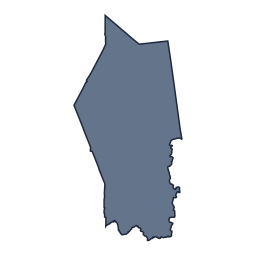 the district of Los Aldamas, Nuevo León, Mexico
{"feature_id": "50627088B11000044177611", "entity_name": "Los Aldamas", "entity_type": "district", "adm_level": 2, "iso_a3": "MEX", "parent_name": "Mexico", "parent_adm1": "Nuevo León", "projection": "robinson", "projection_center": [-99.238, 26.097], "detail": "fine", "context": "isolated", "style": "filled", "palette": "slate", "viewbox_px": 256, "rotation_deg": 0, "n_neighbors": 0, "source": "geoboundaries", "source_scale": "gbopen_adm2", "svg_char_len": 5887}
<svg xmlns="http://www.w3.org/2000/svg" viewBox="0 0 256 256"><path d="M81.4,123.8L85.2,133.8L85.3,133.9L90.0,145.7L90.3,146.4L90.3,146.6L90.6,147.3L90.7,148.0L90.4,148.8L90.4,151.1L92.2,151.3L98.0,166.0L98.6,167.5L98.6,167.8L98.8,168.3L99.0,169.3L103.3,180.0L104.9,183.7L104.3,194.1L104.6,195.8L104.4,197.9L104.4,198.3L104.3,198.8L104.1,199.5L104.1,207.6L104.8,207.9L104.6,208.3L104.6,209.0L104.4,209.2L104.1,210.1L104.1,213.2L104.6,213.5L104.6,217.0L105.0,217.2L105.2,217.4L105.9,217.6L105.9,223.0L105.8,226.3L106.2,225.7L106.8,225.1L107.1,225.1L107.5,224.8L108.3,224.5L108.6,224.0L109.3,224.0L109.6,223.8L109.9,223.7L110.2,223.3L110.2,222.9L110.4,222.6L110.9,222.7L111.1,222.6L111.3,222.4L111.8,222.2L112.3,221.8L112.7,221.6L112.8,221.3L113.2,221.4L113.5,221.9L114.0,221.6L114.0,221.2L114.4,220.5L114.5,220.4L114.8,220.4L115.2,221.0L115.3,221.6L115.5,221.8L116.2,222.2L116.6,222.3L116.9,222.6L117.0,222.7L117.1,223.2L117.4,224.0L117.5,224.2L117.8,224.5L117.9,225.0L117.9,225.4L118.0,226.0L118.2,227.0L118.2,227.6L118.4,228.3L118.3,228.9L118.4,229.4L118.4,230.2L118.6,230.4L119.0,230.4L119.1,230.6L119.4,231.7L119.6,231.9L120.1,232.1L120.3,232.5L120.3,233.0L120.5,233.3L121.1,233.8L121.4,234.0L121.5,234.4L121.8,234.5L122.2,234.8L122.4,234.8L122.6,234.7L123.0,234.6L123.8,234.6L124.0,234.5L124.4,234.2L125.0,234.1L125.7,234.2L126.0,234.2L126.4,234.1L127.1,233.3L127.4,233.1L128.2,232.6L128.1,232.0L128.3,231.9L128.4,231.6L129.0,231.7L129.6,231.2L130.4,230.0L130.5,229.8L130.6,229.7L130.9,229.5L131.1,229.4L131.5,229.0L131.8,228.4L131.9,227.9L132.0,227.5L132.4,227.3L132.7,227.3L133.1,227.4L133.4,227.4L134.7,226.7L135.4,225.8L135.6,225.6L136.0,225.4L136.4,225.4L136.7,225.6L137.0,226.1L137.0,226.4L137.4,226.5L137.8,226.3L138.2,226.7L138.2,226.8L138.3,227.5L138.6,227.7L139.2,227.7L140.0,228.2L140.6,228.6L140.8,229.0L140.8,229.3L140.8,229.5L140.5,230.1L140.4,230.6L140.7,231.1L141.1,231.3L141.5,231.3L142.6,231.7L142.9,231.9L143.6,232.6L143.7,232.8L143.3,233.7L143.2,234.1L143.2,234.3L143.9,235.1L144.7,235.6L145.0,236.0L145.5,236.2L146.0,236.3L146.5,236.7L146.8,237.4L147.3,237.9L147.6,238.5L147.6,239.3L147.5,239.5L147.3,239.8L147.3,240.0L147.4,240.4L147.8,240.6L148.0,240.6L148.6,240.3L149.0,240.3L149.3,240.1L149.5,239.9L150.0,239.7L150.5,239.1L150.9,238.8L151.4,238.7L151.9,238.3L152.5,238.4L152.9,238.1L153.0,237.8L152.7,237.5L152.7,237.4L152.7,237.2L153.0,237.1L153.6,237.3L154.0,237.4L154.6,236.9L155.1,236.7L155.3,236.7L155.6,236.8L156.2,236.8L156.7,237.3L157.2,237.2L157.4,237.3L157.9,237.8L158.3,238.1L159.5,238.4L159.9,238.3L160.3,238.2L160.5,238.0L160.6,237.8L160.7,237.2L160.8,237.1L161.0,237.0L161.4,237.3L162.6,237.3L163.2,237.6L163.5,237.6L164.0,237.5L164.5,237.3L165.3,237.1L166.8,237.1L167.0,237.0L167.3,236.8L167.8,236.2L168.0,236.0L168.4,236.0L168.5,236.2L168.7,236.8L168.8,236.9L169.0,236.9L170.8,236.5L171.3,236.1L171.5,235.7L171.4,235.0L171.4,234.6L171.8,232.6L171.9,231.5L171.9,231.2L171.6,231.1L170.7,230.7L170.4,230.5L170.3,230.1L170.4,229.6L170.4,229.2L171.2,227.1L171.1,226.5L171.1,226.3L171.6,225.4L172.7,223.9L172.8,223.4L172.7,223.2L171.3,222.5L170.8,222.3L170.0,222.3L169.7,222.2L169.4,222.0L169.2,221.3L169.1,220.6L169.0,219.7L169.1,219.1L169.4,218.0L169.5,217.8L169.8,217.6L171.0,217.5L171.4,217.1L171.8,217.1L172.8,217.1L173.7,217.4L174.2,217.3L174.5,217.2L174.7,216.9L174.8,216.3L174.9,215.8L174.9,215.5L174.7,213.5L174.8,212.8L174.6,210.9L174.5,210.6L173.7,210.3L173.5,210.1L173.5,209.9L173.7,208.9L173.7,208.7L173.9,208.4L174.2,207.4L174.2,207.2L174.1,206.9L174.0,206.5L173.7,206.2L173.4,205.6L173.0,205.0L172.3,203.3L172.2,203.1L172.1,202.5L172.5,201.9L172.6,201.1L173.1,199.8L173.2,198.4L173.4,197.8L173.6,197.6L174.2,197.8L175.1,197.8L175.9,197.4L176.3,197.4L176.4,197.2L176.4,196.8L176.4,196.5L176.2,196.3L175.9,196.1L175.8,195.9L175.8,195.6L176.0,194.9L175.9,194.6L175.9,194.2L176.3,193.5L176.6,193.3L176.8,193.0L176.9,192.7L176.8,192.2L177.3,191.9L177.6,191.8L178.4,192.0L178.8,192.5L179.1,192.5L179.4,192.5L179.8,192.3L180.0,192.1L180.0,191.9L179.7,191.4L179.6,191.1L179.5,189.9L179.6,189.4L179.5,189.0L179.5,188.5L179.6,188.0L179.6,187.8L179.5,187.6L179.3,187.6L178.9,187.1L178.5,186.9L177.9,187.0L177.7,187.2L176.9,187.2L176.6,187.3L176.4,187.4L176.1,187.7L176.1,187.9L176.2,188.4L175.9,188.6L175.3,189.4L175.0,189.5L174.7,189.4L173.8,188.4L173.4,187.9L173.3,187.7L173.1,187.2L173.0,186.2L173.3,185.6L173.3,185.3L173.3,185.2L172.6,184.6L171.7,184.1L171.4,184.0L170.6,184.0L170.4,183.9L169.8,182.4L169.5,181.2L169.3,180.5L169.3,180.2L169.5,179.7L169.9,179.3L170.4,178.3L170.4,177.8L170.2,176.6L169.8,175.5L169.5,174.3L169.3,173.6L169.2,172.5L168.5,171.1L168.4,170.2L167.7,167.7L167.7,167.1L167.9,166.8L168.3,166.5L169.3,166.4L169.6,166.3L169.8,166.2L170.0,166.0L170.4,165.4L170.9,165.0L171.6,164.2L171.8,163.2L171.7,163.0L171.5,162.6L171.5,162.2L171.6,161.9L172.0,161.5L172.2,161.1L172.3,160.1L172.4,159.7L172.6,159.2L172.9,158.8L173.0,158.2L173.0,157.9L172.8,157.5L172.3,157.0L171.9,156.8L171.6,156.7L170.8,156.7L170.2,156.6L170.0,156.4L169.8,156.0L169.7,155.8L169.8,155.7L170.4,155.0L171.1,154.6L171.3,154.2L171.7,153.3L171.9,151.4L171.9,150.5L172.1,149.5L172.0,149.0L171.9,148.6L171.7,148.5L170.9,148.0L170.7,147.6L170.8,147.1L171.0,146.7L171.6,146.5L172.0,146.3L172.1,146.1L172.2,145.6L171.6,145.2L170.3,145.4L169.8,145.3L169.5,145.0L169.4,144.6L169.6,144.1L170.1,143.1L170.3,142.4L171.0,140.9L171.8,140.0L172.3,139.6L177.5,138.2L178.3,138.1L179.1,138.1L179.9,138.1L180.5,138.4L181.1,138.7L181.4,139.1L181.8,139.3L182.0,139.6L180.2,129.4L174.1,84.7L170.4,58.2L167.8,41.0L139.1,44.2L130.9,37.4L105.2,15.4L105.1,28.9L105.2,31.5L105.0,33.0L104.8,34.3L104.8,34.5L105.2,35.2L105.4,35.7L105.5,36.7L105.7,37.6L105.6,37.9L105.6,38.2L105.8,38.5L105.7,38.7L105.5,38.9L105.5,39.1L105.7,44.2L103.0,50.1L91.2,72.7L87.6,78.5L86.4,80.2L87.1,81.7L86.1,82.0L81.9,90.4L74.0,105.2L81.4,123.8Z" fill="#64748b" stroke="#1e293b" stroke-width="1.5"/></svg>